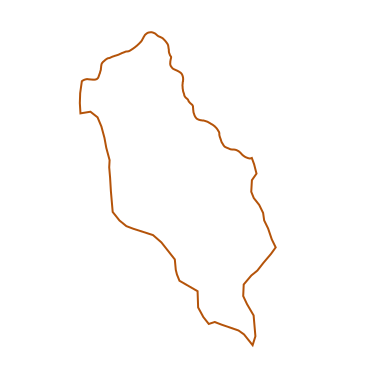 Kyongwon, Hamgyŏng-bukto, North Korea (Mercator projection), rotated 321°
{"feature_id": "82179303B19451054742324", "entity_name": "Kyongwon", "entity_type": "district", "adm_level": 2, "iso_a3": "PRK", "parent_name": "North Korea", "parent_adm1": "Hamgyŏng-bukto", "projection": "mercator", "projection_center": [130.212, 42.718], "detail": "fine", "context": "isolated", "style": "outline", "palette": "amber", "viewbox_px": 384, "rotation_deg": 321, "n_neighbors": 0, "source": "geoboundaries", "source_scale": "gbopen_adm2", "svg_char_len": 5885}
<svg xmlns="http://www.w3.org/2000/svg" viewBox="0 0 384 384"><g transform="rotate(321 192 192)"><path d="M142.7,349.2L150.5,344.0L162.2,326.7L164.2,313.7L166.3,305.1L174.0,296.4L185.6,294.2L193.3,294.2L202.9,292.0L214.5,289.8L222.2,287.7L224.2,279.0L228.2,268.2L230.2,259.5L234.1,253.0L236.1,244.3L236.2,235.6L238.2,229.1L246.0,220.5L253.7,218.3L257.7,209.6L259.9,203.2L259.2,203.0L258.7,202.7L258.2,202.5L257.9,202.2L257.7,202.0L257.1,201.2L256.8,200.8L256.6,200.5L256.4,200.1L255.9,199.2L255.6,198.7L255.4,198.2L255.3,197.8L255.1,197.4L255.0,196.8L254.8,196.3L254.7,196.0L254.7,195.5L254.5,194.9L254.4,193.2L254.3,191.7L254.2,191.2L254.1,190.6L254.0,190.1L253.9,189.7L253.8,189.3L253.5,188.8L253.4,188.4L253.2,188.0L252.9,187.4L252.7,187.1L252.4,186.6L252.1,186.3L251.8,185.9L251.0,185.1L250.6,184.8L250.2,184.5L249.3,183.6L249.0,183.3L248.7,182.8L248.4,182.4L247.9,181.3L247.5,180.6L247.4,180.3L247.1,179.9L246.7,179.1L246.5,178.7L246.2,178.0L246.1,177.7L245.9,177.3L245.9,176.8L245.9,176.6L245.9,175.7L246.0,174.8L246.1,174.3L246.2,173.7L246.2,173.3L246.3,173.0L246.3,172.6L246.3,172.3L246.4,171.9L246.6,171.4L246.7,171.1L246.8,170.7L247.0,170.2L247.2,169.9L247.3,169.6L247.4,169.1L247.6,168.7L247.8,168.3L247.9,167.9L248.0,167.4L248.2,166.9L248.4,166.6L248.5,166.2L248.9,165.4L249.0,165.2L249.2,164.8L249.5,164.4L249.8,164.0L250.1,163.7L250.4,163.2L250.5,162.9L250.7,162.5L250.8,162.0L250.9,161.4L250.9,160.7L251.1,160.1L251.1,159.4L251.2,158.8L251.2,158.2L251.2,157.2L251.1,156.7L251.0,155.7L251.0,155.1L250.8,154.6L250.7,154.0L250.4,152.9L250.1,152.1L250.0,151.7L249.8,151.4L249.6,150.8L249.4,150.1L249.0,149.2L248.8,148.5L248.5,147.8L248.2,147.1L247.9,146.6L246.6,144.6L246.3,144.2L245.7,143.4L245.2,143.1L244.5,142.3L244.2,141.9L243.8,141.6L243.5,141.1L243.2,140.7L243.0,140.4L242.7,140.0L242.5,139.6L242.3,139.1L241.9,138.2L241.8,137.9L241.8,137.4L241.8,136.8L241.8,136.4L241.8,135.9L241.9,135.4L242.0,134.8L242.3,133.7L242.5,133.2L242.7,132.7L242.9,132.2L243.1,131.5L243.4,130.9L243.9,130.1L244.3,129.5L244.5,129.2L244.8,128.7L245.0,128.3L245.3,128.0L245.6,127.6L245.8,127.2L246.1,126.8L246.4,126.4L246.7,126.0L246.8,125.6L247.0,124.7L247.0,124.2L246.9,123.8L246.8,123.3L246.7,122.6L246.6,122.1L246.5,121.3L246.5,120.8L246.5,120.3L246.4,119.6L246.5,119.3L246.7,118.9L246.8,118.5L246.9,117.9L247.0,117.5L246.9,117.0L246.8,116.1L246.7,115.7L246.6,115.2L246.5,114.7L246.5,114.1L246.5,113.8L246.6,112.9L246.7,112.5L246.8,112.1L247.1,111.6L247.4,111.0L247.7,110.3L247.9,109.7L248.1,109.1L248.4,108.4L248.6,107.9L249.3,106.8L249.6,106.2L249.9,105.7L250.3,105.1L250.7,104.6L250.9,104.3L251.2,103.9L251.4,103.5L251.8,103.0L252.1,102.7L252.5,102.3L252.8,102.0L253.3,101.5L254.0,100.7L254.6,100.4L255.0,100.0L255.3,99.6L255.5,99.3L255.9,99.0L256.2,98.7L256.7,97.9L257.0,97.5L257.4,96.7L257.6,96.3L257.9,95.5L258.0,95.2L258.1,94.8L258.2,94.4L258.3,93.8L258.3,93.3L258.3,92.9L258.2,92.1L258.0,91.6L257.9,91.1L257.3,89.4L256.9,88.7L256.7,88.0L256.3,87.4L256.0,86.7L255.7,86.2L255.4,85.6L255.2,85.1L254.9,84.5L254.8,84.1L254.7,83.5L254.7,83.0L254.7,82.3L254.7,81.9L254.8,80.7L255.0,80.2L255.1,79.7L255.3,79.3L255.6,78.9L256.0,78.3L256.7,77.6L257.3,76.9L257.8,76.5L258.3,76.0L260.1,74.6L260.6,74.1L260.8,73.8L260.9,73.0L260.9,72.4L261.0,71.8L261.2,71.2L261.4,70.7L261.6,70.1L261.8,69.4L262.1,68.9L262.4,68.3L263.1,67.4L263.5,66.9L263.9,66.2L264.2,65.6L264.9,64.5L265.5,63.4L265.8,62.9L266.0,62.1L266.2,61.2L266.2,60.7L266.3,59.2L266.3,58.0L266.3,57.3L266.2,56.6L266.2,56.1L266.1,55.4L266.0,54.2L265.8,53.7L265.5,52.8L265.2,52.3L265.0,51.8L264.8,51.3L264.5,51.0L264.3,50.6L264.2,50.2L263.9,49.8L263.8,49.4L263.7,49.0L263.6,48.6L263.5,48.2L263.4,47.3L263.3,46.8L263.2,46.3L263.1,45.8L263.0,45.5L262.9,45.2L262.7,44.8L262.4,44.3L262.2,44.0L262.1,43.7L261.6,43.0L261.3,42.6L260.9,42.2L260.1,41.6L259.7,41.4L258.9,40.9L258.6,40.8L258.3,40.6L257.9,40.5L257.5,40.4L256.9,40.3L256.5,40.3L255.8,40.3L255.5,40.3L254.6,40.3L254.2,40.4L253.5,40.6L252.6,41.0L252.1,41.1L251.6,41.3L251.1,41.6L250.7,41.7L250.3,41.9L249.2,42.3L248.7,42.6L248.0,42.8L247.6,42.9L247.0,43.1L246.4,43.1L245.7,43.2L245.2,43.3L244.1,43.4L243.0,43.5L242.4,43.5L241.8,43.6L241.0,43.6L240.4,43.6L239.7,43.6L238.6,43.6L238.2,43.6L237.1,43.5L236.6,43.5L235.4,43.4L234.9,43.3L234.4,43.3L233.8,43.2L232.8,43.1L232.3,43.0L231.9,42.9L231.5,42.8L231.1,42.6L230.7,42.4L230.1,42.0L229.8,41.8L229.4,41.5L229.1,41.3L228.3,41.0L227.4,40.8L227.0,40.6L226.6,40.5L225.7,40.2L225.1,40.0L224.6,39.8L224.3,39.8L223.9,39.7L222.9,39.4L222.4,39.3L221.9,39.2L220.9,38.9L219.6,38.4L218.6,38.0L218.1,37.8L217.5,37.5L217.0,37.4L216.5,37.2L216.0,37.0L215.2,36.7L214.7,36.6L214.4,36.5L214.0,36.4L213.6,36.3L212.7,36.1L211.9,35.8L211.3,35.4L211.0,35.2L210.5,35.1L210.0,35.0L209.7,34.9L209.2,34.9L208.3,34.8L207.6,34.8L206.1,34.9L205.6,34.9L205.1,34.9L204.7,34.9L204.3,35.0L203.9,35.1L203.6,35.1L203.2,35.3L202.8,35.4L202.4,35.6L202.2,35.7L201.8,36.0L201.4,36.4L201.0,36.7L200.6,37.0L200.2,37.5L199.8,37.9L199.3,38.4L198.8,38.8L198.5,39.2L198.0,39.7L197.5,40.0L197.1,40.3L196.6,40.6L195.8,41.2L195.4,41.5L195.0,41.8L194.5,42.0L193.7,42.5L193.1,42.9L192.7,43.1L192.3,43.4L191.8,43.7L191.4,43.9L191.0,44.1L190.7,44.2L190.0,44.3L189.7,44.3L189.3,44.3L188.9,44.3L188.5,44.1L188.2,44.0L187.8,43.9L187.4,43.6L187.0,43.4L186.6,43.1L186.2,42.7L185.7,42.4L185.3,41.9L184.5,41.2L184.1,40.8L183.7,40.4L183.4,40.1L183.0,39.8L182.0,38.7L181.6,38.3L181.2,38.0L180.8,37.9L180.4,37.6L179.9,37.4L179.4,37.2L178.9,37.0L178.0,36.8L176.9,36.6L176.1,36.6L167.3,44.8L160.8,52.3L154.8,60.7L163.6,65.7L165.6,74.5L162.8,84.1L158.0,94.9L153.2,103.7L148.0,115.4L143.2,120.7L137.3,129.4L129.5,140.3L117.8,157.6L117.7,168.5L119.5,177.2L123.3,183.7L134.6,201.0L136.5,211.9L136.2,233.6L130.4,242.3L128.4,246.6L126.4,253.1L133.9,272.6L124.1,285.6L122.1,296.4L122.0,305.1L127.8,307.3L131.5,313.7L141.0,328.9L142.8,335.4L142.7,349.2Z" fill="none" stroke="#b45309" stroke-width="2"/></g></svg>